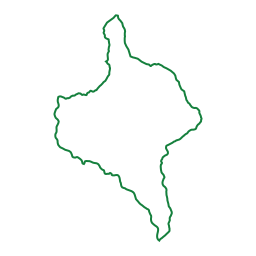 the district of Chhubu, Punakha, Bhutan
{"feature_id": "84629894B89279896100925", "entity_name": "Chhubu", "entity_type": "district", "adm_level": 2, "iso_a3": "BTN", "parent_name": "Bhutan", "parent_adm1": "Punakha", "projection": "natural_earth1", "projection_center": [89.837, 27.663], "detail": "fine", "context": "isolated", "style": "outline", "palette": "green", "viewbox_px": 256, "rotation_deg": 0, "n_neighbors": 0, "source": "geoboundaries", "source_scale": "gbopen_adm2", "svg_char_len": 5808}
<svg xmlns="http://www.w3.org/2000/svg" viewBox="0 0 256 256"><path d="M117.9,15.7L116.7,15.4L115.7,15.4L113.5,17.9L107.0,22.6L103.5,28.3L103.6,28.9L104.2,30.1L104.2,30.6L104.1,31.4L103.8,32.2L103.6,32.8L103.9,33.5L104.7,34.8L104.9,35.8L104.8,36.6L105.0,37.3L105.4,37.8L105.8,38.1L106.4,38.5L107.3,38.9L107.9,39.1L108.5,39.3L108.7,39.7L108.7,40.5L108.8,41.2L109.0,41.9L109.0,42.7L109.2,43.5L109.4,44.5L109.5,45.0L109.3,45.7L109.2,46.3L108.9,47.0L108.8,47.9L108.5,49.9L108.8,50.6L108.9,51.2L108.0,52.9L107.7,53.7L107.6,54.3L107.6,55.4L107.7,56.4L107.9,58.5L107.9,59.7L107.4,60.5L106.9,61.1L106.5,61.2L106.0,61.5L106.4,61.9L106.9,62.2L107.1,62.9L107.5,63.5L108.2,64.1L109.1,64.6L109.4,65.2L109.5,65.8L109.6,66.6L109.7,67.3L110.0,68.0L110.0,68.6L109.8,69.9L109.6,70.8L109.3,72.4L109.3,74.2L109.1,74.9L107.9,76.3L107.2,77.6L106.8,78.4L105.8,80.1L105.3,80.9L104.0,81.8L103.3,82.4L102.6,83.4L101.5,84.5L101.2,84.9L99.8,86.0L97.5,88.6L97.2,89.1L96.7,89.8L96.4,90.1L95.9,90.1L94.8,90.7L94.3,91.2L93.5,91.6L93.1,91.6L92.6,91.6L91.6,91.1L90.9,90.8L90.5,90.8L90.1,91.1L89.0,92.4L87.8,92.8L87.2,93.3L86.9,94.1L86.6,94.9L86.2,95.1L85.6,95.0L83.7,94.5L83.1,94.6L82.6,94.9L82.1,94.9L81.2,94.2L80.7,93.7L80.0,93.4L79.2,93.4L78.5,93.3L77.0,94.1L76.3,94.3L74.7,95.5L74.3,95.6L73.4,95.7L72.9,95.6L71.9,96.0L71.6,96.2L71.1,96.4L69.8,97.7L69.2,97.9L68.5,98.2L67.2,98.2L66.1,98.7L65.5,98.7L64.7,98.2L64.2,97.8L63.7,97.5L63.2,97.3L62.5,97.1L61.4,96.6L60.6,96.4L59.7,96.4L59.1,96.6L58.4,96.9L58.2,97.3L57.7,100.0L57.8,101.8L58.4,103.7L58.7,104.9L58.7,106.0L58.2,107.3L56.1,109.1L55.2,111.4L54.8,112.6L54.5,113.7L54.5,114.6L55.1,116.5L55.8,117.9L56.9,118.9L57.5,119.4L58.3,120.5L58.7,121.6L58.3,123.2L57.6,124.7L57.0,125.8L56.5,127.0L56.5,128.3L56.6,129.8L56.6,131.2L56.4,132.3L55.5,134.0L55.3,135.0L55.4,136.8L55.8,137.9L56.9,139.2L57.5,140.3L57.7,143.0L58.2,144.8L59.6,146.6L60.3,147.3L62.7,148.4L65.2,149.8L68.9,150.9L69.7,151.4L70.8,152.3L71.5,153.8L72.0,155.1L72.4,156.6L73.1,157.2L74.0,157.5L75.3,157.6L76.6,157.1L77.4,157.1L78.4,157.7L80.1,158.9L81.4,160.1L82.0,161.2L82.1,161.7L82.3,162.4L82.4,163.1L82.8,163.6L83.9,164.0L84.5,163.0L84.8,161.8L85.1,161.3L86.2,161.0L87.8,161.1L89.3,161.1L90.8,161.6L92.9,162.6L94.0,162.9L95.4,163.1L96.6,163.3L97.5,163.7L98.4,164.3L99.3,165.7L99.6,166.1L100.1,167.4L101.0,168.5L102.0,169.4L102.6,169.8L103.6,170.1L104.0,170.5L104.6,173.0L104.8,173.5L105.9,174.0L107.6,173.8L109.0,173.8L109.6,173.2L110.2,173.0L110.7,173.3L111.4,173.7L111.7,174.4L111.8,174.9L112.4,175.3L114.1,175.4L115.6,175.1L117.0,175.0L117.8,175.2L118.5,175.8L119.1,176.7L119.6,178.1L120.2,181.7L120.8,183.0L121.1,184.9L121.4,186.1L121.8,186.8L122.3,187.4L123.5,187.9L125.0,188.3L126.1,189.1L127.2,189.6L128.4,190.0L131.4,191.1L132.3,191.6L132.7,192.0L133.2,192.2L134.0,193.2L134.7,194.7L136.0,199.1L137.1,200.4L138.1,201.5L139.2,202.9L140.5,204.2L142.0,205.2L144.4,207.2L145.9,208.1L146.8,208.8L148.2,209.4L149.0,210.3L149.1,211.4L150.0,213.7L150.4,214.5L151.1,215.7L151.2,216.9L151.0,218.6L151.0,219.6L151.2,221.0L151.9,222.7L153.3,224.1L154.9,225.4L156.1,226.2L157.0,226.9L157.6,227.6L158.1,228.8L158.1,230.5L157.8,232.1L157.4,233.8L157.2,234.9L157.1,236.2L157.2,237.4L157.5,238.6L158.3,239.8L159.3,240.6L159.9,239.6L160.7,238.8L161.7,238.2L163.2,236.9L165.1,235.4L166.7,233.8L168.0,232.6L169.1,231.5L169.5,230.9L169.5,229.5L169.5,228.4L169.2,227.4L169.0,225.6L168.5,224.1L168.5,223.4L168.7,222.9L169.1,222.1L169.4,221.3L169.8,220.4L169.7,218.1L169.9,217.3L170.4,216.4L170.9,215.7L171.2,214.7L171.7,213.7L171.8,212.9L171.7,211.9L170.2,208.2L169.7,207.6L168.8,206.4L168.6,205.3L168.3,203.6L167.7,201.4L167.4,200.2L167.3,198.5L167.0,197.0L166.5,195.0L166.4,193.0L166.3,191.6L166.5,190.3L166.4,189.1L165.7,187.9L165.1,187.1L163.4,185.7L162.7,184.4L162.5,183.3L162.5,182.2L162.8,181.0L163.7,178.6L164.4,177.6L164.4,176.9L164.1,176.3L163.7,175.2L163.4,174.7L162.0,173.1L161.5,172.3L161.3,171.3L161.0,170.0L160.8,168.0L160.7,166.2L161.0,164.5L161.4,164.0L161.8,163.6L161.9,163.1L161.9,162.5L161.5,162.1L161.2,161.6L161.1,161.1L161.4,160.2L162.2,159.0L162.4,158.2L162.8,157.3L163.6,156.7L164.6,155.8L167.1,154.6L167.5,154.1L167.9,153.4L167.9,152.8L167.9,152.0L167.7,151.4L167.1,150.4L166.1,148.5L166.0,147.7L166.2,146.2L166.5,145.8L167.1,145.4L168.3,144.9L172.5,142.7L173.8,141.7L174.3,141.5L174.7,141.4L175.4,141.1L176.0,140.6L176.5,140.3L177.2,140.2L177.7,140.0L178.4,139.8L179.1,139.6L179.8,139.2L180.4,138.8L182.9,136.4L183.8,135.8L184.2,135.3L184.7,134.9L185.9,134.0L186.9,133.5L187.3,133.2L188.5,131.5L189.7,130.6L190.6,130.1L191.2,129.8L191.7,129.7L192.2,129.7L193.0,129.7L193.7,129.6L194.6,129.4L195.2,129.2L195.7,128.9L196.0,128.5L196.2,128.0L196.4,127.3L196.8,126.3L197.8,124.8L199.0,123.8L199.4,123.6L199.9,122.7L200.1,122.4L200.6,122.0L200.9,121.6L201.1,121.0L201.1,119.8L201.5,119.0L201.5,118.3L201.0,117.4L200.9,116.5L200.6,115.6L200.2,114.7L199.9,114.2L199.6,113.4L199.3,112.8L199.4,111.1L198.9,110.2L198.2,109.6L197.5,108.7L197.1,108.4L195.9,107.9L194.6,108.0L193.5,107.8L193.0,107.6L192.5,107.4L191.7,106.9L191.1,106.1L190.7,105.5L190.1,104.8L189.7,104.0L189.4,103.6L189.0,103.3L188.4,103.0L188.1,102.7L187.7,102.0L187.2,101.0L186.4,99.9L185.8,97.1L185.3,96.0L184.7,93.6L184.2,91.3L181.5,89.4L180.6,87.6L179.4,84.7L178.9,82.0L176.4,79.8L175.9,78.3L175.3,75.6L174.0,73.5L170.7,70.7L167.4,68.8L165.9,68.0L164.9,67.6L163.5,66.9L162.2,65.8L161.1,65.2L159.3,64.4L158.5,63.9L157.0,64.4L156.1,64.5L155.1,64.0L154.4,64.0L153.3,64.4L152.3,64.9L151.4,65.5L150.9,66.0L150.5,66.0L148.9,64.5L146.5,64.1L141.6,61.7L138.7,59.4L137.7,58.7L134.7,57.8L132.9,57.4L130.5,56.4L128.4,49.5L126.4,46.3L124.9,43.0L124.7,40.8L124.7,38.0L125.0,36.1L124.8,35.7L124.8,33.0L125.1,31.4L124.8,29.7L124.3,28.5L123.1,26.6L122.6,24.8L122.3,23.2L120.5,20.8L118.9,19.1L118.2,17.9L117.9,15.7Z" fill="none" stroke="#15803d" stroke-width="2"/></svg>